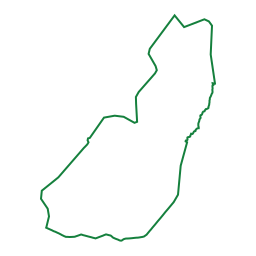 outline of Ansongo, Gao, Mali
{"feature_id": "8926073B56917716124995", "entity_name": "Ansongo", "entity_type": "district", "adm_level": 2, "iso_a3": "MLI", "parent_name": "Mali", "parent_adm1": "Gao", "projection": "equal_earth", "projection_center": [1.009, 15.923], "detail": "fine", "context": "isolated", "style": "outline", "palette": "green", "viewbox_px": 256, "rotation_deg": 0, "n_neighbors": 0, "source": "geoboundaries", "source_scale": "gbopen_adm2", "svg_char_len": 2727}
<svg xmlns="http://www.w3.org/2000/svg" viewBox="0 0 256 256"><path d="M174.6,15.4L149.8,48.8L148.6,53.9L155.6,66.1L156.8,70.2L155.0,73.4L138.7,92.0L135.9,97.0L136.1,103.9L137.1,121.8L134.5,122.8L123.7,116.8L114.7,115.7L104.0,117.6L89.8,137.9L88.0,138.4L87.6,140.3L88.5,142.3L87.3,144.4L85.3,146.5L83.8,148.0L58.3,177.4L41.8,190.7L41.0,198.8L47.7,208.7L49.0,216.4L46.3,227.5L46.2,227.7L47.5,228.3L48.4,228.7L49.7,229.3L50.6,229.7L52.0,230.3L52.9,230.8L54.2,231.4L55.2,231.7L57.5,232.8L58.7,233.3L59.8,233.9L60.2,234.1L61.0,234.5L61.6,234.9L63.7,235.9L64.2,236.2L65.6,236.7L65.9,236.9L67.3,236.9L67.8,236.9L69.7,237.0L72.2,236.9L74.1,236.8L74.9,236.7L76.5,236.1L76.9,236.0L78.9,235.3L80.8,234.6L81.1,234.5L82.2,234.8L83.0,235.1L85.0,235.6L88.3,236.5L89.9,236.9L91.5,237.3L92.8,237.7L94.5,238.1L95.5,238.4L96.6,238.0L97.5,237.7L98.2,237.4L103.3,235.5L103.9,235.2L106.0,234.4L106.9,234.6L108.0,234.9L108.7,235.1L110.5,235.5L110.9,235.7L111.5,236.2L112.8,237.4L113.4,237.8L113.9,238.0L115.7,238.8L118.2,239.7L118.7,240.0L119.9,240.5L120.4,240.6L121.1,240.6L121.6,240.6L122.2,240.2L123.2,239.5L123.6,239.2L125.2,238.7L125.7,238.6L126.6,238.5L127.7,238.5L129.7,238.4L132.7,238.1L134.3,237.9L136.5,237.7L137.4,237.7L139.0,237.5L141.3,237.1L142.1,237.0L143.7,236.6L144.0,236.5L144.6,236.1L145.4,235.5L146.0,235.1L146.5,234.8L146.9,234.3L147.8,233.2L150.2,230.3L150.7,229.8L152.3,227.8L152.8,227.2L155.1,224.5L157.7,221.3L160.2,218.4L163.0,215.0L165.3,212.1L167.8,209.2L170.3,206.2L172.8,203.2L173.1,202.9L173.4,202.4L173.6,202.3L178.0,194.7L180.7,165.7L187.1,142.3L185.6,141.4L185.6,141.2L185.7,140.8L185.9,140.5L186.4,140.4L187.0,140.3L187.4,139.9L187.5,139.6L187.5,139.3L187.4,138.7L187.4,137.5L187.7,137.3L188.2,137.1L189.0,137.0L189.5,136.9L190.2,136.5L190.2,136.2L190.3,135.5L190.7,134.9L191.0,134.4L191.1,133.7L191.3,133.7L191.7,133.8L192.2,134.0L192.7,133.8L192.9,133.5L193.3,132.8L193.9,131.6L194.7,131.1L195.1,131.2L195.4,131.1L195.6,130.8L195.6,130.3L195.7,129.8L196.3,129.2L197.1,128.5L197.9,128.2L198.7,128.2L198.7,127.4L198.6,126.7L198.3,125.9L198.4,124.9L198.3,124.4L198.4,123.3L199.2,121.2L199.4,120.2L199.5,119.4L200.3,118.4L200.6,117.8L200.4,116.8L200.3,115.8L200.6,115.2L201.3,115.1L201.9,114.5L202.3,113.7L202.6,112.4L203.3,111.6L204.5,111.3L205.0,110.2L205.8,109.1L206.5,109.1L208.1,108.3L208.4,107.9L208.5,107.8L208.4,107.1L209.0,105.2L209.2,104.8L209.2,104.1L209.5,102.3L209.5,100.5L209.8,99.5L209.8,98.8L209.9,97.9L210.8,96.3L211.3,95.0L211.8,93.7L212.4,92.8L212.5,92.1L212.5,90.9L212.3,89.9L212.6,88.8L212.5,87.1L212.4,85.9L212.8,85.4L213.3,85.0L212.7,84.1L212.6,83.2L214.9,83.8L215.0,83.7L210.7,54.5L212.0,25.7L208.9,21.4L204.4,19.3L184.1,27.1L174.6,15.4Z" fill="none" stroke="#15803d" stroke-width="2"/></svg>